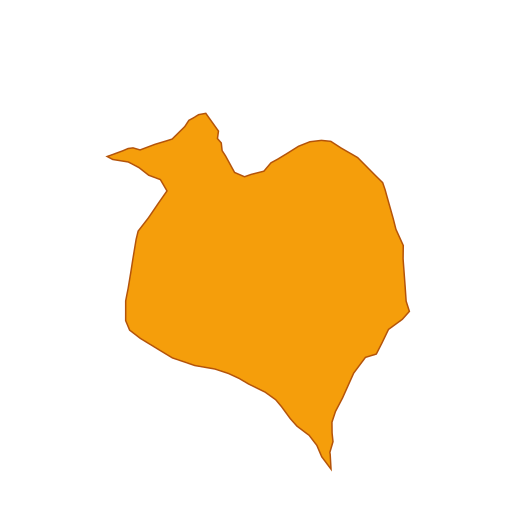 outline of Isin, Kwara, Nigeria, rotated 213°
{"feature_id": "59680162B97277051818349", "entity_name": "Isin", "entity_type": "district", "adm_level": 2, "iso_a3": "NGA", "parent_name": "Nigeria", "parent_adm1": "Kwara", "projection": "robinson", "projection_center": [5.07, 8.257], "detail": "fine", "context": "isolated", "style": "filled", "palette": "amber", "viewbox_px": 512, "rotation_deg": 213, "n_neighbors": 0, "source": "geoboundaries", "source_scale": "gbopen_adm2", "svg_char_len": 1314}
<svg xmlns="http://www.w3.org/2000/svg" viewBox="0 0 512 512"><g transform="rotate(213 256 256)"><path d="M77.0,118.1L85.8,130.1L87.1,131.5L90.3,142.2L95.8,149.0L101.8,158.0L104.7,169.0L106.1,184.0L110.3,211.0L109.0,230.6L101.7,239.3L103.0,251.7L104.9,266.6L98.8,282.6L97.2,293.1L105.5,299.9L114.9,312.4L129.8,332.0L131.2,333.9L138.2,345.0L153.2,354.6L161.2,362.0L179.9,378.4L183.6,381.7L189.7,386.5L200.0,388.6L224.3,393.9L226.3,393.8L243.5,392.9L255.7,392.9L264.1,388.6L273.0,381.2L280.1,371.2L284.9,360.8L290.5,349.1L294.2,342.3L295.6,331.4L304.5,321.8L308.8,316.2L319.5,314.4L336.0,323.3L341.8,325.9L346.7,331.9L352.3,333.5L355.5,340.3L375.8,348.3L381.1,343.3L383.9,337.4L386.2,333.2L386.2,325.8L390.0,308.4L393.8,303.8L401.5,294.7L411.0,281.8L418.0,279.7L421.8,276.5L425.0,271.7L435.0,258.4L428.8,258.9L414.3,265.3L402.1,266.4L390.0,265.3L377.8,268.0L366.1,262.1L366.6,247.2L367.0,229.2L368.4,212.7L365.6,204.7L357.7,186.6L352.1,174.1L345.5,159.0L342.8,152.2L340.8,147.3L334.5,137.6L330.1,130.8L321.6,125.0L308.1,123.9L286.5,124.5L270.6,125.0L267.5,125.8L247.7,130.8L229.0,138.8L215.0,142.5L203.7,144.1L192.5,144.6L177.5,146.4L174.3,146.8L161.2,146.2L152.7,143.6L138.7,138.3L128.9,135.6L116.2,134.7L113.9,134.6L101.8,130.3L91.5,123.4L77.0,118.1Z" fill="#f59e0b" stroke="#b45309" stroke-width="1.5"/></g></svg>